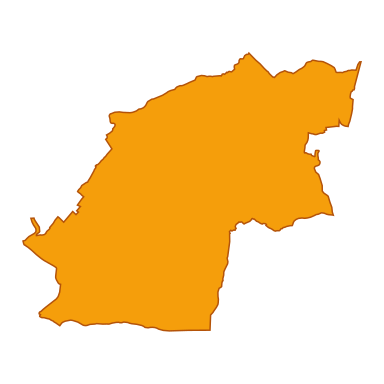 Catunele, Mehedinti, Romania (Albers equal-area conic projection), rotated 90°
{"feature_id": "2599482B53322933719204", "entity_name": "Catunele", "entity_type": "district", "adm_level": 2, "iso_a3": "ROU", "parent_name": "Romania", "parent_adm1": "Mehedinti", "projection": "albers", "projection_center": [22.933, 44.84], "detail": "fine", "context": "isolated", "style": "filled", "palette": "amber", "viewbox_px": 384, "rotation_deg": 90, "n_neighbors": 0, "source": "geoboundaries", "source_scale": "gbopen_adm2", "svg_char_len": 5877}
<svg xmlns="http://www.w3.org/2000/svg" viewBox="0 0 384 384"><g transform="rotate(90 192 192)"><path d="M218.3,353.1L222.2,351.9L225.0,350.5L228.0,348.5L229.0,348.1L231.0,348.0L232.0,348.3L233.4,349.6L236.5,355.0L238.5,357.1L240.4,358.8L241.0,361.0L244.1,360.2L245.0,359.6L245.4,358.4L246.3,357.7L246.7,356.7L250.2,352.4L254.6,347.6L258.7,342.5L260.6,339.7L265.8,330.5L267.5,327.9L268.3,327.5L269.1,327.5L276.1,328.3L277.8,328.3L279.7,327.6L283.1,325.7L284.0,324.7L284.3,323.4L292.1,324.3L296.5,325.8L298.9,327.6L307.0,338.0L309.4,340.9L311.4,343.0L311.8,344.0L312.5,344.7L313.8,344.9L314.7,343.5L315.8,344.3L316.4,344.3L316.9,343.7L317.6,342.3L317.7,339.8L318.6,336.7L319.0,334.6L320.1,333.0L321.2,330.6L321.9,330.0L322.8,328.4L325.7,324.2L323.1,322.3L322.3,321.3L321.2,318.9L320.1,313.3L320.5,311.1L322.1,306.1L325.2,300.8L325.4,300.1L325.6,298.3L325.4,296.9L324.4,294.0L324.0,288.8L323.6,287.5L324.1,281.2L324.0,277.2L324.1,275.0L323.1,271.8L322.4,267.8L322.3,265.2L322.7,264.2L322.7,263.2L322.7,262.1L322.1,260.6L322.1,259.5L322.5,256.2L323.2,254.4L323.7,252.4L324.3,247.2L325.5,242.1L326.5,240.1L327.4,239.0L327.8,235.9L327.4,233.8L327.3,231.6L327.5,229.4L328.0,227.5L329.2,225.1L330.4,220.7L330.9,214.6L330.3,195.3L330.2,174.0L315.0,173.4L312.4,171.0L311.5,170.5L307.3,167.6L304.5,166.1L302.7,165.8L299.2,165.6L296.7,166.0L292.8,166.1L291.7,166.0L288.3,164.9L287.4,163.3L286.6,162.4L282.9,162.1L281.2,161.6L280.8,161.4L280.7,161.0L278.8,161.2L275.1,160.3L271.9,160.2L269.3,159.1L263.8,156.4L261.7,156.1L258.1,156.9L256.6,156.3L241.7,154.3L233.7,154.4L233.4,153.9L231.9,154.6L231.4,154.3L230.3,153.3L230.4,152.9L231.0,152.1L230.1,150.5L230.2,148.9L229.1,148.7L228.9,148.2L228.5,147.9L226.9,148.7L226.4,148.7L224.9,148.2L223.9,147.4L223.5,146.5L223.0,146.2L222.6,145.4L222.0,145.1L222.2,143.8L221.9,142.9L222.0,142.2L223.6,140.5L223.9,140.1L223.9,139.7L223.3,138.8L221.3,134.1L220.2,133.3L219.8,132.5L218.7,132.1L218.5,131.7L218.9,130.7L219.1,130.5L219.1,129.7L221.2,127.5L222.0,125.5L222.9,124.3L223.8,122.7L224.0,121.5L223.6,121.2L223.5,120.7L223.6,119.0L223.8,118.6L224.4,117.6L225.4,118.1L227.4,115.7L228.0,114.6L228.9,112.5L230.7,109.9L231.1,108.6L230.7,107.1L230.7,104.7L230.4,104.2L228.7,102.9L228.6,101.7L227.6,100.9L227.2,99.0L226.5,97.5L225.7,93.9L225.6,91.8L225.1,91.5L222.4,90.6L221.0,89.8L219.5,88.0L218.4,85.5L218.0,82.0L218.3,79.4L218.0,76.8L217.2,73.4L215.4,69.3L214.6,67.9L214.2,65.7L212.8,62.5L213.2,59.8L214.3,57.1L214.7,55.2L215.0,51.5L215.2,50.7L212.1,51.7L207.3,52.2L202.1,54.1L196.3,55.8L195.5,56.6L193.1,60.1L191.1,61.7L185.6,61.8L178.6,63.9L174.5,65.4L172.1,68.2L168.7,69.6L167.7,69.6L166.8,69.2L166.1,68.0L165.6,66.2L164.8,64.8L163.7,64.2L162.6,64.0L161.8,64.0L160.6,64.7L159.8,65.7L158.0,65.7L155.9,66.1L153.5,66.2L151.0,64.9L150.5,65.3L150.4,66.6L150.4,67.9L150.7,68.4L153.5,68.9L156.4,69.1L156.6,69.6L156.4,70.1L155.4,72.5L154.2,72.9L154.2,74.6L153.9,75.8L153.5,76.8L153.0,77.4L152.7,78.6L153.0,79.0L152.9,79.4L152.6,79.6L151.5,79.7L147.7,79.1L145.7,79.0L144.9,78.8L142.3,77.0L140.2,76.2L138.2,75.8L132.8,75.6L133.7,72.5L134.0,70.3L134.2,70.2L134.6,68.8L134.5,67.5L133.2,63.7L133.2,61.5L132.2,59.4L130.5,59.6L130.0,57.5L127.5,58.0L126.3,47.5L126.4,45.2L120.3,44.8L122.8,43.6L124.3,42.4L125.4,40.6L126.1,38.8L126.5,35.9L124.2,35.4L121.2,34.2L113.7,32.4L108.9,31.5L106.6,31.5L99.6,30.9L98.1,33.7L96.7,33.9L94.0,33.5L91.9,32.9L91.3,31.9L90.0,31.1L89.8,29.9L88.5,29.5L86.5,29.5L61.8,23.0L61.9,24.4L64.5,26.1L70.2,28.0L70.0,32.3L70.5,34.3L70.4,35.2L70.7,36.3L71.3,37.2L71.8,39.8L72.6,41.4L72.4,43.3L72.5,46.3L72.4,47.5L72.0,48.0L69.3,48.9L67.6,49.8L65.7,52.7L63.6,56.7L61.7,60.9L61.4,62.9L61.3,65.5L60.4,69.9L60.2,71.2L60.3,71.6L61.5,73.2L62.0,75.9L62.6,77.3L63.3,77.9L65.7,79.1L66.9,80.3L68.4,82.4L69.5,84.7L72.1,88.3L73.6,90.8L73.6,91.1L72.7,92.6L72.2,95.9L70.8,99.1L70.8,99.6L71.4,100.6L72.5,103.8L74.8,107.1L76.9,109.0L77.5,109.7L77.1,110.2L77.2,110.9L76.1,112.2L73.6,114.7L71.7,116.0L71.0,117.1L68.5,119.7L64.0,123.8L60.2,128.2L53.1,135.1L53.6,135.3L54.3,135.9L54.4,137.5L55.7,139.3L58.7,140.7L58.9,141.8L58.8,143.7L59.3,144.3L60.5,144.9L62.5,145.0L63.4,145.7L64.1,146.7L64.8,148.8L65.3,149.5L66.9,149.8L69.2,149.4L71.7,152.2L71.9,152.7L71.4,154.8L71.5,155.1L72.6,156.5L72.2,157.1L74.3,159.4L74.0,160.1L73.9,160.6L74.0,161.2L74.3,161.9L74.9,162.0L76.0,162.9L75.7,163.6L76.3,170.6L76.6,171.3L76.2,173.9L76.3,175.2L76.6,176.9L75.8,179.4L75.5,182.6L76.6,187.0L77.1,187.6L80.1,189.0L82.5,194.7L83.6,196.9L85.3,200.8L85.7,202.2L85.7,204.0L86.9,207.0L88.2,208.4L89.4,209.2L90.5,213.2L91.2,214.9L92.0,216.4L92.7,217.2L95.3,221.5L99.1,230.8L99.1,232.0L99.6,232.9L101.5,236.1L102.6,236.9L104.9,238.0L106.3,239.0L107.7,240.5L108.8,242.9L109.1,245.1L110.9,247.5L111.9,250.1L112.4,251.7L112.7,253.9L112.4,260.9L111.9,264.7L112.2,268.5L112.3,269.4L113.6,272.6L113.9,273.7L115.3,274.7L116.5,274.7L118.4,274.1L121.8,273.7L122.9,273.1L123.3,272.1L123.3,270.3L123.8,269.4L124.5,268.9L125.7,269.0L126.7,269.5L128.9,271.3L129.6,271.2L131.0,271.7L133.2,274.4L135.0,277.5L136.2,276.8L137.6,276.8L138.3,277.1L139.3,278.3L148.9,272.1L154.3,276.9L156.7,278.6L157.3,279.6L159.1,280.8L160.7,282.7L163.0,284.5L164.5,286.1L164.7,286.6L164.8,287.3L165.7,288.5L166.2,288.5L166.0,287.9L168.1,288.4L169.4,289.5L170.8,290.0L177.6,293.7L181.1,295.9L182.0,296.2L182.3,296.6L182.4,297.5L185.5,302.2L187.8,303.4L189.6,305.2L191.4,306.4L192.1,305.9L193.7,303.6L195.3,302.1L196.8,300.3L199.1,302.3L205.1,306.6L206.5,303.6L210.8,307.3L212.1,305.6L214.6,308.0L211.5,311.3L222.2,320.3L217.8,324.8L216.8,326.1L220.0,328.8L223.4,330.8L227.5,334.3L228.3,334.1L229.4,334.9L231.1,336.9L232.6,338.0L233.3,338.1L233.8,338.7L234.6,339.7L235.0,341.4L235.1,342.6L234.9,343.3L235.1,344.0L235.1,344.8L235.6,347.3L235.6,347.6L235.0,347.6L234.2,347.3L232.3,344.8L231.5,344.3L227.1,344.7L220.7,348.9L219.2,349.7L218.1,350.0L218.3,353.1Z" fill="#f59e0b" stroke="#b45309" stroke-width="1.5"/></g></svg>